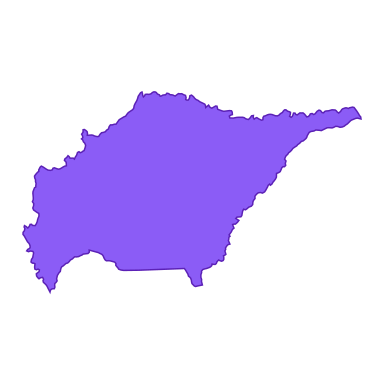 Herval, Rio Grande do Sul, Brazil
{"feature_id": "56859067B25919241762236", "entity_name": "Herval", "entity_type": "district", "adm_level": 2, "iso_a3": "BRA", "parent_name": "Brazil", "parent_adm1": "Rio Grande do Sul", "projection": "natural_earth1", "projection_center": [-53.366, -32.034], "detail": "fine", "context": "isolated", "style": "filled", "palette": "violet", "viewbox_px": 384, "rotation_deg": 0, "n_neighbors": 0, "source": "geoboundaries", "source_scale": "gbopen_adm2", "svg_char_len": 5921}
<svg xmlns="http://www.w3.org/2000/svg" viewBox="0 0 384 384"><path d="M276.4,177.2L276.5,173.4L277.8,173.0L278.9,172.5L280.2,171.6L281.0,169.8L281.9,167.6L283.0,166.7L284.5,166.7L285.7,165.4L285.3,163.4L286.0,161.0L284.6,159.2L285.4,157.0L286.3,155.5L287.6,154.5L288.6,152.8L290.1,151.7L291.5,150.3L292.9,148.4L294.9,147.0L296.7,145.9L297.7,144.6L299.6,143.3L301.4,141.4L303.2,140.9L306.0,138.5L306.8,137.2L307.3,135.6L309.2,132.4L310.9,131.5L314.0,131.0L315.8,130.0L319.5,130.3L321.3,130.6L327.1,127.8L328.9,127.7L332.1,127.9L333.6,127.4L335.7,126.3L337.8,126.5L340.0,127.3L342.3,127.0L344.2,126.2L345.5,125.1L347.4,123.9L350.5,120.8L351.5,120.1L355.7,118.4L357.4,118.1L361.0,119.0L360.7,116.9L359.4,115.4L358.5,113.7L356.5,110.7L354.1,107.5L352.6,107.1L349.5,107.8L348.3,108.5L346.8,107.9L345.2,107.9L342.7,108.8L341.7,109.6L340.6,111.4L338.7,113.0L337.2,112.0L336.4,110.9L335.2,110.0L332.0,109.8L328.6,110.8L325.9,111.0L324.6,111.5L323.6,112.8L322.1,112.6L320.5,110.6L319.0,110.1L317.1,111.3L315.0,113.9L313.7,114.5L312.1,113.5L310.3,113.9L309.6,115.3L308.3,116.5L306.8,116.9L304.5,114.1L303.0,112.9L301.5,113.0L299.9,112.9L297.2,114.9L295.9,114.5L295.0,113.1L293.5,113.1L293.0,114.7L292.3,116.4L291.1,117.3L289.6,116.3L290.3,114.5L290.5,112.3L289.1,111.6L287.6,111.2L285.9,109.8L284.5,109.9L283.4,111.0L282.4,112.5L281.1,113.2L280.0,114.0L278.9,115.2L277.3,115.9L275.2,115.7L272.0,114.5L270.2,114.3L269.0,114.4L267.5,114.8L265.4,115.8L263.8,116.2L263.0,117.5L262.9,119.7L261.6,120.2L258.8,118.9L256.8,117.6L255.5,118.1L254.2,119.1L253.2,117.3L253.4,115.5L251.6,115.8L249.9,118.1L248.4,119.5L247.1,119.2L245.6,118.7L244.3,117.7L242.8,117.3L238.5,117.3L236.7,117.4L233.2,118.1L231.9,118.0L229.9,118.0L229.3,116.1L230.6,115.2L232.4,114.6L232.2,112.1L231.5,110.8L229.5,110.6L223.8,111.3L222.1,110.9L217.7,109.3L217.0,106.2L215.6,106.0L211.8,108.2L210.0,107.3L208.6,105.1L205.7,107.5L205.5,105.6L204.8,104.2L203.1,103.3L201.6,102.6L199.9,101.8L197.9,100.3L196.2,99.6L194.7,98.3L193.5,96.7L191.5,95.1L189.9,95.7L189.4,98.4L188.1,100.1L186.8,100.1L185.7,99.5L186.1,97.6L185.5,95.4L183.6,94.7L181.8,93.7L180.0,93.8L178.4,93.6L175.2,96.0L174.0,95.6L172.9,95.0L171.6,94.8L170.1,94.7L168.7,93.6L166.9,93.2L165.6,94.8L164.2,94.9L162.8,95.1L161.5,95.9L160.2,96.2L159.4,94.8L157.4,94.0L156.3,92.5L155.1,91.9L153.7,91.9L152.4,92.5L151.0,93.8L149.0,94.4L147.0,94.2L145.2,94.4L144.6,95.8L143.4,96.9L142.7,95.3L142.5,93.8L142.0,92.0L140.6,92.7L138.2,96.3L137.6,98.5L136.8,100.6L135.1,103.6L134.2,105.6L133.7,108.3L132.6,109.7L128.3,112.6L126.9,114.3L125.6,116.2L124.0,116.8L119.2,119.7L116.0,124.2L114.4,124.2L112.2,124.9L110.4,124.9L109.2,126.5L108.4,129.0L106.5,130.2L105.4,131.7L103.4,132.4L101.6,132.7L100.1,134.2L98.7,136.4L97.5,136.6L96.1,136.4L94.3,135.9L92.9,135.2L91.6,135.0L87.3,135.3L87.5,133.4L87.1,131.6L85.9,130.5L84.4,129.5L83.1,129.7L83.0,132.3L81.6,134.2L82.6,136.0L82.8,137.8L81.5,138.9L82.7,139.9L83.4,141.8L84.7,143.1L85.6,145.2L85.3,147.1L84.1,150.6L82.7,151.3L81.7,152.2L80.2,152.7L79.0,151.7L77.5,152.5L76.6,155.2L75.3,157.1L74.4,159.1L73.2,158.1L70.1,158.2L69.1,156.6L68.0,155.7L66.6,157.6L65.0,158.7L64.4,160.3L66.2,162.3L66.4,165.8L64.6,166.2L62.9,167.1L61.4,168.1L59.8,168.9L58.6,169.2L57.1,168.8L54.4,167.8L53.0,168.2L52.3,169.8L50.5,170.4L48.0,170.1L46.4,169.2L43.1,167.0L41.3,166.1L40.1,167.2L38.7,170.0L38.8,171.5L37.7,172.1L35.6,174.5L34.5,176.1L34.7,177.9L35.5,179.7L35.5,181.6L36.1,183.6L35.8,185.5L35.8,187.0L34.5,187.8L33.0,191.7L32.9,193.5L33.1,195.4L33.3,198.0L33.2,199.9L32.4,201.7L33.7,203.5L33.6,205.7L32.8,208.0L33.6,210.0L37.3,212.6L38.8,213.4L39.0,215.2L38.8,216.7L38.2,217.9L37.6,219.7L37.2,221.7L36.4,223.6L35.2,225.6L32.4,225.4L31.6,224.3L30.1,224.4L29.5,225.9L28.7,227.1L27.8,228.0L26.4,226.7L24.5,225.6L24.1,227.0L24.9,228.7L24.3,230.8L23.1,232.3L23.0,234.4L24.2,235.9L27.5,241.8L29.2,243.6L30.1,245.9L30.1,247.7L29.1,248.7L27.7,249.4L26.7,250.9L28.5,251.7L30.5,251.0L32.9,251.4L33.6,252.9L32.7,257.6L31.5,259.4L31.0,262.0L32.3,263.1L33.8,263.2L35.0,263.8L34.6,267.1L34.9,269.1L36.5,269.8L38.0,269.1L39.4,269.8L39.1,271.6L36.3,273.8L36.6,276.0L37.7,277.6L39.0,278.8L40.6,277.7L42.6,277.4L43.6,279.2L43.0,280.7L43.4,282.3L45.9,284.6L47.1,286.3L47.9,288.0L50.0,292.1L50.4,290.3L51.3,289.3L52.4,288.8L54.3,288.7L54.9,287.1L54.7,285.4L54.8,283.5L55.9,282.6L57.1,280.9L56.6,278.8L57.4,275.4L59.2,272.5L60.3,271.5L60.6,269.7L61.0,268.1L61.8,266.7L63.2,265.9L65.9,263.5L67.7,263.0L69.2,261.6L70.4,260.0L72.4,258.9L74.6,256.8L76.4,256.9L78.6,256.6L80.5,255.6L81.9,255.1L83.2,254.1L88.0,253.5L89.3,252.2L89.2,250.1L98.4,252.6L100.0,253.5L101.8,254.3L103.0,255.6L104.3,258.6L105.4,260.2L106.5,260.8L108.3,260.7L110.0,260.8L114.7,262.1L115.9,263.5L115.8,265.3L116.8,266.7L117.7,267.6L118.7,269.2L120.9,270.0L123.7,270.4L138.8,270.2L184.3,268.5L185.3,269.7L187.9,274.1L188.5,276.2L189.6,277.0L190.6,278.1L191.3,280.0L191.6,282.1L192.0,283.6L194.3,286.0L195.6,286.5L197.5,286.0L202.4,285.0L201.5,281.5L201.6,279.4L200.9,277.4L200.9,274.7L201.6,272.7L201.5,271.1L202.7,269.6L204.6,268.9L206.5,268.5L209.3,267.5L210.5,266.9L211.8,265.6L212.0,264.1L214.0,264.4L215.2,264.4L216.3,263.5L217.0,261.7L218.6,260.0L220.2,260.8L221.7,261.2L223.2,260.5L223.8,259.3L223.8,257.5L223.5,255.7L224.8,255.2L225.9,254.3L224.9,250.9L225.7,249.4L225.5,247.9L227.1,245.5L228.1,244.6L229.9,244.1L228.4,240.6L228.8,239.0L228.9,237.2L230.0,236.3L229.1,234.9L231.3,231.9L232.4,229.5L234.0,228.1L233.2,226.3L232.6,224.5L234.1,224.1L235.4,224.1L236.6,223.1L237.7,222.0L238.9,220.4L235.8,218.5L237.0,217.1L240.9,216.8L241.8,215.6L242.6,211.2L243.6,209.2L245.5,209.8L247.2,208.6L248.7,207.2L251.3,206.2L252.7,204.6L252.8,202.8L253.1,201.3L253.8,200.0L255.0,198.6L254.9,196.3L256.0,194.8L257.0,193.8L258.3,192.8L260.4,192.5L262.5,193.1L264.6,191.9L265.7,190.3L267.6,186.8L268.2,185.3L269.6,184.1L270.4,185.2L271.9,184.1L272.9,182.3L274.1,180.9L275.5,179.0L276.4,177.2Z" fill="#8b5cf6" stroke="#5b21b6" stroke-width="1.5"/></svg>